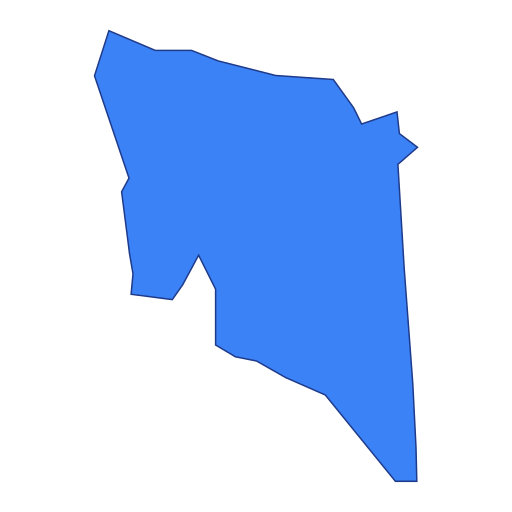 Falmèy, Dosso, Niger
{"feature_id": "23599985B42967903288320", "entity_name": "Falmèy", "entity_type": "district", "adm_level": 2, "iso_a3": "NER", "parent_name": "Niger", "parent_adm1": "Dosso", "projection": "mercator", "projection_center": [2.799, 12.563], "detail": "fine", "context": "isolated", "style": "filled", "palette": "blue", "viewbox_px": 512, "rotation_deg": 0, "n_neighbors": 0, "source": "geoboundaries", "source_scale": "gbopen_adm2", "svg_char_len": 532}
<svg xmlns="http://www.w3.org/2000/svg" viewBox="0 0 512 512"><path d="M129.5,253.7L133.0,273.8L131.1,294.3L172.3,299.6L182.8,284.6L198.6,255.2L215.6,289.2L215.6,345.0L235.4,356.8L256.5,361.0L285.7,377.6L325.3,395.0L395.4,481.3L416.8,481.3L416.0,447.5L412.8,383.8L404.2,268.4L397.9,164.3L417.5,147.3L399.4,133.6L397.0,111.9L361.6,124.0L353.7,107.9L333.3,79.5L275.7,75.5L218.1,60.9L191.5,50.4L155.2,50.4L108.9,30.7L94.5,75.8L129.0,178.1L121.6,191.8L128.4,244.7L129.5,253.7Z" fill="#3b82f6" stroke="#1e3a8a" stroke-width="1.5"/></svg>